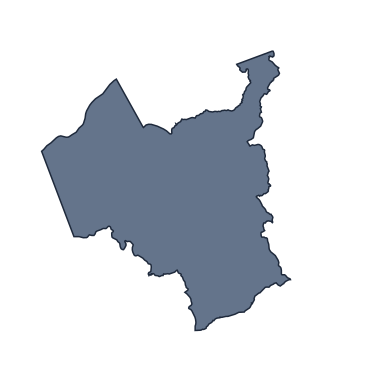 map outline of Katanga (Albers equal-area conic projection), rotated 249°
{"feature_id": "COD-1897", "entity_name": "Katanga", "entity_type": "Province", "adm_level": 1, "iso_a3": "COD", "parent_name": "Democratic Republic of the Congo", "parent_adm1": "", "projection": "albers", "projection_center": [26.036, -9.229], "detail": "fine", "context": "isolated", "style": "filled", "palette": "slate", "viewbox_px": 384, "rotation_deg": 249, "n_neighbors": 0, "source": "natural_earth", "source_scale": "10m", "svg_char_len": 6059}
<svg xmlns="http://www.w3.org/2000/svg" viewBox="0 0 384 384"><g transform="rotate(249 192 192)"><path d="M283.9,66.2L284.9,68.9L287.2,73.1L288.4,77.9L291.2,84.8L291.7,87.3L291.4,89.6L288.2,94.2L287.6,96.1L287.7,97.3L288.5,100.6L289.3,105.3L292.1,109.4L293.6,113.4L294.2,114.5L295.2,115.5L299.1,118.6L303.2,120.8L305.5,122.7L309.7,127.7L311.4,130.5L313.6,135.3L315.6,143.9L321.8,153.8L323.9,159.1L324.5,161.8L270.4,169.5L269.6,169.8L271.0,173.1L270.8,175.7L269.7,178.3L265.9,183.2L261.0,188.0L258.2,190.1L254.3,192.1L253.7,193.2L254.2,194.3L256.8,195.1L257.9,195.7L258.5,196.4L258.6,198.4L259.8,199.6L260.1,201.2L261.4,201.4L260.4,202.0L261.1,202.9L261.5,204.2L261.8,206.5L262.2,207.1L262.9,207.6L263.0,208.0L263.7,208.8L263.1,209.2L262.8,209.7L262.5,211.0L261.6,212.9L261.6,218.1L261.3,219.2L259.9,221.5L261.4,223.2L261.6,223.8L261.2,225.4L261.3,226.1L262.0,228.1L261.6,229.3L261.8,229.8L261.7,230.5L262.8,231.8L262.6,233.1L263.6,234.2L263.4,234.8L262.6,235.8L261.3,236.4L259.3,239.9L259.1,242.2L258.6,243.4L257.9,244.2L257.9,245.5L257.0,247.1L257.3,249.3L256.9,250.2L256.8,251.5L255.7,253.4L255.6,254.0L255.8,255.1L254.9,255.8L253.4,258.1L253.3,260.2L254.0,261.8L254.8,262.8L255.3,264.5L255.1,265.0L255.8,266.0L256.1,268.0L257.2,268.8L257.4,270.3L257.7,270.8L258.1,270.6L258.7,270.7L259.5,272.0L260.2,271.6L260.6,271.9L261.1,273.0L262.9,274.1L263.5,274.3L264.5,274.1L264.8,274.4L265.0,275.7L266.8,276.9L267.9,278.8L269.6,279.8L270.4,280.8L272.9,285.9L273.9,286.1L274.8,285.8L275.1,286.4L277.0,285.6L279.3,285.6L280.8,286.8L282.5,286.9L284.5,287.9L286.4,288.3L287.2,287.6L287.1,286.5L285.9,286.1L284.9,284.7L285.8,282.0L288.8,280.4L289.5,280.6L290.4,281.3L292.4,280.5L293.4,279.8L295.2,279.5L294.8,317.3L294.3,318.2L292.0,318.2L290.3,317.6L289.6,317.1L289.1,315.7L289.8,315.4L289.9,314.3L290.8,313.8L291.1,313.0L290.8,312.3L290.0,312.4L288.4,311.3L287.7,311.2L287.0,311.5L284.7,313.5L280.6,315.0L277.9,316.6L277.0,317.5L276.6,317.4L275.9,316.2L275.2,315.9L271.5,316.2L270.2,314.8L269.8,313.6L268.9,309.2L268.6,308.8L267.5,308.5L267.2,307.4L266.7,307.1L266.8,305.9L266.2,305.5L265.8,304.1L263.3,301.1L262.2,299.9L260.8,299.6L260.4,299.8L259.7,301.0L258.8,301.2L258.5,300.9L258.4,299.4L256.7,297.2L256.5,296.5L257.7,295.2L257.7,294.4L256.4,292.8L255.1,290.1L252.2,287.6L249.7,287.5L248.2,286.5L247.5,286.7L246.6,287.3L245.9,286.7L245.4,285.7L241.6,285.4L241.3,284.0L240.9,283.5L238.7,282.2L237.9,282.2L236.7,283.3L235.8,283.5L233.1,283.4L232.3,283.1L228.9,279.7L227.5,275.6L227.4,274.4L226.0,272.1L220.6,268.7L219.9,266.1L219.9,263.6L219.6,262.3L219.1,261.5L215.7,262.3L214.5,262.3L214.1,262.7L214.4,265.3L213.2,266.9L213.0,268.0L212.8,270.5L212.3,271.6L211.2,272.6L210.1,273.3L208.9,273.5L206.8,273.4L205.5,274.7L205.0,274.8L203.4,273.9L199.9,273.5L198.9,273.1L197.4,271.9L196.7,271.7L194.5,271.9L193.3,272.6L192.4,272.2L191.3,272.3L189.5,271.4L184.1,271.4L183.6,271.2L183.2,270.3L182.2,269.7L180.3,268.2L178.9,268.5L176.7,268.4L173.6,266.2L172.3,266.2L171.9,267.0L171.2,267.1L170.5,267.6L170.0,267.7L169.5,267.5L169.3,267.1L169.5,265.8L167.3,264.6L166.8,263.9L165.6,263.7L165.0,262.9L164.3,260.5L164.2,259.7L164.7,258.6L163.6,256.3L163.6,255.6L164.4,254.5L163.8,253.7L165.0,253.0L164.9,250.7L164.5,250.3L163.6,250.5L160.8,251.9L159.1,252.3L154.9,252.7L153.8,252.6L150.4,254.0L149.3,254.3L147.1,254.3L146.0,254.8L144.8,256.1L143.6,256.5L142.8,257.9L141.9,257.9L140.6,258.4L139.3,258.4L137.1,256.8L134.9,256.5L134.6,256.0L136.2,255.3L137.7,252.9L137.9,251.1L137.7,250.6L136.8,249.5L136.8,249.1L137.4,248.2L137.1,247.6L134.8,246.1L133.2,246.1L131.5,245.7L129.9,246.0L129.4,243.3L129.6,242.3L128.9,241.6L126.3,240.9L125.3,240.9L124.7,241.2L124.1,243.1L123.0,243.9L122.4,245.2L121.4,245.6L119.0,245.0L115.8,244.9L111.5,243.7L110.3,243.6L107.9,244.1L102.8,247.0L97.5,247.9L95.1,247.8L92.8,246.5L92.1,246.5L90.2,247.6L89.1,247.8L86.9,247.4L83.5,246.1L82.5,246.3L81.6,248.7L80.7,249.4L77.8,250.4L76.1,252.1L75.6,252.5L74.9,252.5L75.3,251.3L75.3,250.1L75.0,247.4L74.2,245.5L73.6,244.9L73.5,243.8L72.6,240.7L74.3,239.1L77.1,238.0L77.1,236.3L77.3,236.0L76.8,235.2L76.6,231.7L75.7,230.3L75.6,229.7L76.4,227.9L76.8,226.3L73.5,219.2L73.7,218.2L72.2,213.3L70.1,211.7L69.1,211.6L67.4,209.7L67.0,208.9L67.0,207.9L66.1,208.3L65.7,207.1L63.8,205.2L63.1,204.0L62.0,199.0L61.2,197.8L62.9,192.6L62.5,188.4L63.0,181.0L63.7,179.1L64.3,175.0L65.1,173.2L64.6,173.0L65.2,170.7L65.3,169.4L65.1,168.1L64.0,166.2L64.6,165.6L63.2,163.7L62.7,160.5L61.4,158.7L60.9,157.1L59.7,156.3L59.6,155.8L59.5,153.7L60.1,152.5L59.8,151.4L60.0,150.1L61.6,145.3L65.7,146.9L67.2,148.1L69.0,149.0L72.0,149.7L74.1,149.9L81.1,149.3L82.6,148.8L84.3,147.3L84.9,147.3L86.0,148.3L86.5,150.6L87.3,151.6L88.4,152.0L90.5,152.1L92.6,152.6L94.6,152.3L98.8,150.7L100.9,149.4L101.8,152.7L102.2,153.3L102.9,153.6L104.9,152.4L106.1,152.6L107.5,152.5L110.3,153.2L113.0,152.5L116.0,152.6L117.9,151.7L119.0,152.4L119.8,152.0L120.5,151.0L121.4,150.3L124.3,150.2L124.4,149.6L123.4,147.2L123.6,141.3L124.4,140.2L125.1,137.0L125.7,136.3L125.4,135.7L124.4,135.1L124.9,133.6L124.7,131.6L124.9,131.0L125.9,130.3L127.3,127.7L129.1,127.1L129.6,126.7L130.0,125.5L129.6,125.3L130.0,124.9L129.1,123.9L129.4,123.4L130.1,123.3L129.9,122.4L129.5,121.9L131.1,121.8L131.8,122.2L132.3,122.9L132.4,124.7L132.8,125.2L136.5,127.1L138.0,127.5L139.0,127.5L139.7,127.0L140.6,125.5L143.2,125.0L145.4,123.4L147.9,122.4L152.1,119.1L152.4,118.8L152.5,116.7L153.0,115.9L153.9,115.4L157.1,115.2L159.3,115.5L161.5,116.4L163.6,118.1L164.0,118.2L167.9,116.7L168.8,114.7L168.9,113.6L170.4,112.6L170.4,112.0L169.8,111.5L167.0,111.8L166.8,111.5L165.7,111.2L163.6,108.8L162.7,107.4L163.3,106.3L164.5,105.5L166.6,105.4L169.7,106.1L170.5,106.0L172.2,105.0L174.3,104.6L177.6,101.6L178.4,101.2L179.8,101.4L182.4,102.3L182.9,102.9L183.2,104.2L183.7,104.6L184.3,104.5L186.1,103.2L188.7,103.3L189.3,102.9L189.8,102.2L189.9,101.4L188.9,99.3L188.7,98.5L189.8,96.0L189.5,93.3L189.6,89.4L189.2,87.9L187.5,86.4L186.6,84.9L187.4,82.8L188.8,80.8L187.3,78.1L187.2,77.1L188.3,74.1L190.8,70.6L192.6,65.8L283.9,66.2Z" fill="#64748b" stroke="#1e293b" stroke-width="1.5"/></g></svg>